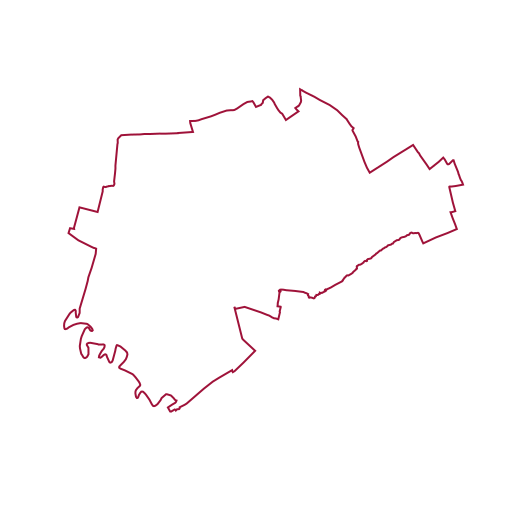 Berezeni, Vaslui, Romania, rotated 105°
{"feature_id": "2599482B46887987422837", "entity_name": "Berezeni", "entity_type": "district", "adm_level": 2, "iso_a3": "ROU", "parent_name": "Romania", "parent_adm1": "Vaslui", "projection": "albers", "projection_center": [28.128, 46.41], "detail": "fine", "context": "isolated", "style": "outline", "palette": "rose", "viewbox_px": 512, "rotation_deg": 105, "n_neighbors": 0, "source": "geoboundaries", "source_scale": "gbopen_adm2", "svg_char_len": 6104}
<svg xmlns="http://www.w3.org/2000/svg" viewBox="0 0 512 512"><g transform="rotate(105 256 256)"><path d="M352.4,412.7L356.7,411.6L361.0,412.1L361.6,412.6L361.7,413.4L361.3,413.9L357.3,415.5L355.7,415.9L354.8,416.7L355.0,417.5L355.5,418.1L358.5,420.3L359.8,421.0L362.6,421.9L368.3,423.7L370.6,423.8L373.2,423.3L375.3,422.4L376.0,421.8L375.9,420.9L374.9,419.5L373.3,418.3L369.8,414.5L367.8,411.4L366.3,408.3L366.1,407.5L365.3,401.9L365.4,401.1L367.1,397.5L368.7,395.4L370.0,394.5L370.8,394.9L371.0,395.7L370.8,396.6L370.4,397.2L368.7,398.9L368.5,400.4L368.9,401.1L371.0,402.4L371.7,402.5L378.6,403.6L381.4,403.7L388.6,402.9L390.8,402.1L395.7,399.5L396.7,398.3L398.4,396.6L398.9,395.6L398.9,394.9L398.5,394.2L397.3,393.2L396.5,392.9L394.2,392.4L388.0,394.1L385.7,396.4L385.0,396.6L384.2,396.3L383.2,395.0L382.7,393.5L382.1,386.0L382.3,385.2L380.9,380.3L381.1,379.4L381.7,379.0L383.2,378.8L384.9,379.1L387.9,380.5L391.4,381.4L392.9,381.7L394.5,381.5L394.5,379.9L393.2,378.8L391.1,377.5L390.0,376.3L390.0,375.5L390.4,374.8L391.9,373.9L395.8,370.7L396.5,370.0L396.7,369.4L396.6,368.8L395.6,367.8L393.9,367.4L384.2,367.4L381.8,367.6L378.6,367.5L378.1,367.3L378.0,366.7L378.5,363.5L381.3,357.4L381.9,356.8L382.2,356.0L382.9,355.4L384.4,354.7L387.0,354.7L389.4,355.0L392.6,356.3L396.2,358.4L398.1,359.4L398.9,359.4L399.4,359.1L399.9,357.7L400.4,353.1L402.1,344.6L402.8,343.3L404.4,340.9L407.5,336.9L408.6,335.7L410.3,334.5L411.0,334.4L411.6,334.6L414.3,336.3L416.8,337.3L418.4,337.3L420.0,336.9L423.0,335.5L424.0,334.3L423.7,333.6L422.9,333.3L420.5,333.1L418.2,332.4L416.7,331.7L416.3,330.3L416.4,329.8L417.6,327.6L418.6,326.2L422.3,321.8L426.0,318.4L427.1,317.1L427.5,316.4L427.4,315.6L427.0,314.9L426.5,314.3L424.6,312.8L420.0,310.9L417.6,310.4L412.8,307.1L412.6,306.2L412.7,302.6L412.8,301.9L414.7,298.6L415.8,297.2L416.2,296.2L416.2,295.4L417.6,295.5L418.7,296.0L421.2,298.5L425.1,301.9L428.4,298.7L428.3,297.8L425.3,294.8L425.4,293.8L425.9,293.4L424.5,292.6L423.8,290.7L423.0,290.3L421.9,290.6L418.2,286.4L416.5,284.8L397.6,272.0L388.5,265.2L383.1,260.1L372.5,249.6L373.2,249.3L374.2,248.3L372.6,246.8L362.4,240.6L347.8,232.3L340.5,246.1L339.7,247.5L339.0,248.1L310.7,263.8L312.1,262.5L312.2,261.8L308.1,253.8L309.2,236.6L310.0,230.0L310.1,228.1L310.6,226.2L311.2,224.4L311.3,223.4L311.5,222.4L311.3,221.5L311.2,220.0L311.4,218.1L304.1,218.3L303.4,218.8L298.8,218.9L298.6,219.1L299.0,222.2L296.4,222.6L296.0,222.8L292.1,222.9L284.7,223.9L284.7,223.6L283.9,223.1L283.6,223.2L283.7,224.0L284.0,224.7L283.6,224.9L282.3,224.0L281.9,222.9L281.5,221.1L281.2,217.8L279.7,209.5L278.5,200.8L278.8,199.6L278.9,197.6L279.3,195.8L280.2,195.8L280.6,195.6L281.0,194.8L282.4,194.2L282.4,193.4L282.0,193.1L281.9,192.7L281.8,191.1L282.0,189.3L281.7,188.8L281.2,188.5L279.9,188.5L279.6,187.9L279.3,187.7L278.0,187.6L278.0,187.3L277.6,186.1L276.3,185.4L276.3,185.2L276.4,184.9L276.3,184.7L275.7,184.6L274.9,184.8L275.1,183.8L274.6,183.2L274.5,182.6L274.1,182.4L273.6,181.6L272.9,180.9L272.5,180.8L272.2,180.1L271.5,180.1L271.4,180.2L271.4,180.6L271.0,180.6L270.9,180.3L271.3,179.6L271.2,179.3L270.9,179.3L270.6,179.8L270.2,179.9L270.1,179.4L269.7,178.7L269.0,178.0L268.7,177.4L267.9,176.7L267.4,175.9L263.3,171.9L258.2,166.3L257.7,166.0L257.3,166.1L256.8,165.7L256.2,165.7L254.5,164.9L253.9,164.9L253.5,164.4L252.6,163.9L252.0,163.7L251.1,163.0L250.9,161.7L248.6,159.4L247.3,158.3L246.3,158.0L243.5,156.1L242.6,155.8L242.5,155.5L242.0,155.2L240.0,156.0L239.6,155.9L239.2,155.3L238.3,154.8L237.9,154.4L237.4,153.1L236.3,151.9L235.2,151.1L234.6,150.5L233.7,150.3L232.7,149.6L232.5,149.4L232.4,147.9L232.0,147.5L231.1,147.8L230.0,147.1L229.2,145.4L228.5,144.3L228.0,144.0L227.0,143.7L223.5,140.9L222.6,140.6L221.9,139.8L218.7,137.7L218.4,136.8L216.0,135.2L215.3,134.3L214.4,133.7L213.7,132.6L212.4,131.6L211.7,131.4L211.2,130.7L210.1,128.6L209.0,127.9L208.6,127.0L206.8,126.4L204.3,124.1L203.6,122.3L202.7,121.6L202.2,121.6L201.1,121.0L200.1,119.7L199.2,117.8L198.2,116.4L196.6,115.3L196.4,114.5L195.8,113.6L195.4,113.4L194.4,113.3L193.3,112.2L193.1,111.7L193.4,110.5L193.3,109.8L192.6,108.2L192.4,107.0L191.8,105.8L191.7,105.3L191.9,104.8L193.1,103.7L198.8,99.2L200.5,97.7L191.5,87.0L184.3,77.0L178.0,69.0L173.8,71.9L168.6,75.8L163.4,79.4L163.0,78.3L161.1,75.1L153.4,79.7L139.5,87.1L139.0,87.2L138.8,87.0L138.3,85.1L136.8,81.4L133.5,74.5L131.6,75.8L130.3,76.9L129.7,77.7L127.6,79.3L125.0,81.0L124.5,81.5L122.5,82.6L115.4,88.0L112.4,89.9L112.5,90.5L117.2,93.3L117.8,94.3L117.7,94.8L117.5,95.2L113.9,98.7L112.5,100.6L117.8,103.9L127.1,110.8L123.5,114.9L116.4,123.5L114.5,125.2L113.9,126.4L108.1,133.0L124.9,148.8L131.0,153.9L146.1,167.7L142.0,171.7L136.9,175.7L124.5,184.4L121.6,186.2L120.4,186.7L119.4,186.8L118.9,187.6L114.8,190.6L109.8,195.3L109.1,195.4L107.6,194.8L107.2,194.8L106.1,197.3L104.2,199.7L100.5,203.8L100.4,203.8L97.6,209.3L94.2,215.3L91.1,223.9L88.8,234.7L87.1,240.8L85.3,249.9L84.3,253.8L84.0,254.2L84.0,255.1L83.6,256.5L89.8,254.7L90.3,254.1L91.1,253.9L94.3,252.6L95.8,252.5L99.1,253.3L100.3,253.8L100.3,254.1L102.9,256.3L103.9,254.9L105.3,252.4L116.9,262.3L111.8,267.5L111.2,269.5L109.4,272.0L107.7,273.9L104.3,277.3L103.1,278.2L100.9,280.8L99.4,283.5L98.9,285.7L101.1,287.6L103.7,289.4L106.3,289.1L107.8,290.0L108.7,290.2L112.0,294.6L108.2,298.3L107.3,299.6L107.9,300.6L109.3,303.9L109.6,304.4L112.5,307.4L118.4,312.4L120.5,314.6L121.1,315.9L121.8,318.4L123.1,322.0L127.0,328.0L130.2,332.1L132.8,335.7L137.8,343.8L139.9,346.8L141.2,349.5L142.7,354.6L144.6,353.9L152.5,349.0L157.4,363.2L157.6,363.2L161.3,375.2L162.8,381.0L165.8,390.6L167.0,395.3L168.5,399.2L171.2,408.5L174.2,417.4L177.9,419.5L179.3,419.8L182.6,418.8L183.8,418.8L205.0,415.2L207.9,414.4L212.5,413.6L220.6,412.4L223.0,411.4L224.6,411.6L225.2,412.0L225.6,413.9L226.2,415.1L226.6,416.4L227.0,416.8L227.6,418.1L228.3,418.9L228.5,420.4L228.4,421.0L229.0,421.4L231.5,421.3L233.3,420.8L254.5,420.4L254.7,439.1L276.0,439.1L276.9,438.7L277.3,442.8L282.4,443.0L286.8,431.7L289.7,417.6L290.2,414.8L290.1,413.9L290.3,412.3L295.5,411.4L310.1,411.7L319.9,412.4L323.8,412.1L332.1,412.1L352.4,412.7Z" fill="none" stroke="#9f1239" stroke-width="2"/></g></svg>